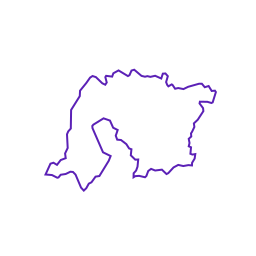 an SVG outline of Warwickshire, rotated 243°
{"feature_id": "GBR-2750", "entity_name": "Warwickshire", "entity_type": "Administrative County", "adm_level": 1, "iso_a3": "GBR", "parent_name": "United Kingdom", "parent_adm1": "", "projection": "mercator", "projection_center": [-1.585, 52.316], "detail": "fine", "context": "isolated", "style": "outline", "palette": "violet", "viewbox_px": 256, "rotation_deg": 243, "n_neighbors": 0, "source": "natural_earth", "source_scale": "10m", "svg_char_len": 1674}
<svg xmlns="http://www.w3.org/2000/svg" viewBox="0 0 256 256"><g transform="rotate(243 128 128)"><path d="M111.6,203.9L108.8,202.8L103.7,193.9L102.2,188.8L98.8,187.6L95.5,183.3L94.6,181.7L91.7,180.5L90.8,177.2L86.7,176.0L84.1,173.8L82.2,175.4L76.7,171.9L75.1,173.3L74.2,176.1L70.5,173.5L67.9,169.3L65.6,168.0L67.5,165.0L69.0,160.0L72.3,156.0L72.2,150.7L69.5,143.4L69.5,141.4L75.5,139.3L77.8,132.9L81.1,130.0L80.5,126.5L76.9,122.6L76.4,120.8L80.3,116.2L81.8,112.6L81.6,110.6L83.1,111.4L85.1,112.5L86.4,115.9L89.2,118.9L95.3,122.8L96.5,120.1L102.4,118.1L107.5,121.4L109.3,119.7L114.4,119.2L120.5,116.3L122.5,113.1L126.7,113.6L130.9,117.9L135.0,114.9L142.8,115.3L147.7,110.6L146.7,98.6L146.0,97.1L144.0,96.3L117.7,94.7L110.9,99.8L107.5,95.9L98.2,80.7L99.4,77.0L96.2,70.8L96.2,67.8L93.3,63.5L92.3,60.2L96.2,59.1L110.3,60.1L113.8,59.0L115.2,56.8L115.3,51.6L116.9,46.8L115.5,43.6L115.8,42.4L120.6,38.9L124.0,33.4L131.4,42.7L130.9,45.8L127.4,48.0L130.0,53.5L129.4,58.8L133.9,60.4L137.6,65.2L150.1,70.8L152.1,73.2L153.5,76.8L169.9,85.5L178.3,99.5L183.0,102.2L187.0,111.2L190.1,117.1L190.4,120.0L187.9,122.5L179.5,125.4L176.9,127.4L178.2,129.7L183.6,130.9L184.4,132.2L181.0,137.2L183.4,139.8L183.6,145.7L174.3,151.5L174.4,153.3L177.6,157.2L177.1,160.0L168.3,163.7L166.0,166.4L165.4,168.8L163.4,171.2L162.2,175.9L157.0,180.1L160.6,183.7L159.6,186.1L156.1,187.0L151.6,182.8L148.6,182.5L146.8,182.9L147.0,186.7L146.3,187.2L141.6,187.8L140.8,190.9L137.5,195.1L137.4,200.3L135.2,211.3L133.9,213.9L129.5,214.9L128.8,218.9L123.0,219.4L121.8,222.4L120.1,222.6L112.4,215.1L112.4,213.7L115.3,210.6L118.8,204.0L117.4,202.9L111.6,203.9Z" fill="none" stroke="#5b21b6" stroke-width="2"/></g></svg>